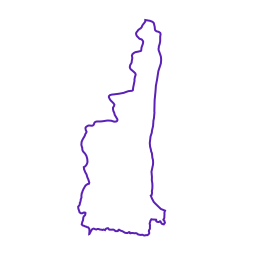 outline of Purulhá, Baja Verapaz, Guatemala, rotated 95°
{"feature_id": "79465075B41794626766416", "entity_name": "Purulhá", "entity_type": "district", "adm_level": 2, "iso_a3": "GTM", "parent_name": "Guatemala", "parent_adm1": "Baja Verapaz", "projection": "robinson", "projection_center": [-89.998, 15.218], "detail": "fine", "context": "isolated", "style": "outline", "palette": "violet", "viewbox_px": 256, "rotation_deg": 95, "n_neighbors": 0, "source": "geoboundaries", "source_scale": "gbopen_adm2", "svg_char_len": 5684}
<svg xmlns="http://www.w3.org/2000/svg" viewBox="0 0 256 256"><g transform="rotate(95 128 128)"><path d="M237.1,157.4L237.0,157.2L235.8,156.7L234.3,156.1L232.4,155.2L231.6,154.4L231.2,153.3L231.6,152.2L231.9,150.8L231.3,149.7L231.2,148.5L231.6,147.1L231.6,145.7L231.8,144.6L231.3,143.5L231.6,142.3L231.7,142.0L231.4,141.9L230.7,141.4L230.3,141.1L230.0,140.6L229.8,140.2L229.7,139.9L229.6,139.5L229.6,139.0L229.8,138.8L230.1,138.6L230.4,138.5L230.7,138.2L230.8,137.8L230.9,137.5L230.9,137.2L230.8,136.7L230.8,136.0L230.7,135.4L230.7,135.0L230.6,134.7L230.5,134.3L230.5,133.8L230.6,133.4L230.7,133.0L230.9,132.7L231.0,132.5L231.2,132.2L231.5,132.0L231.6,131.8L231.8,131.5L231.8,131.0L231.7,129.8L231.6,129.3L231.5,129.1L231.1,128.9L230.8,128.8L230.6,128.7L230.2,128.5L230.1,128.1L230.2,127.8L230.6,127.1L230.8,126.6L230.9,126.3L231.0,125.9L231.1,125.5L231.2,125.1L231.3,124.7L231.4,124.3L231.6,123.9L231.9,123.4L232.2,122.7L232.5,122.2L232.6,121.8L232.7,121.1L232.7,119.5L232.6,119.3L232.4,118.9L232.2,118.7L231.8,118.2L231.6,117.8L231.7,117.3L231.9,117.2L232.2,117.1L232.6,116.9L232.7,116.4L232.6,116.2L232.5,115.9L232.3,115.3L232.2,114.9L232.2,114.4L232.2,114.0L232.2,113.5L232.3,113.0L232.3,112.6L232.3,112.2L232.2,111.8L232.1,111.4L232.1,111.0L232.1,110.5L232.3,110.0L232.4,109.7L232.5,109.5L232.7,109.3L233.0,109.1L233.1,108.7L233.3,107.7L233.4,106.8L233.4,106.1L233.4,105.6L233.2,105.1L233.1,104.7L233.1,104.3L233.2,104.0L233.4,103.4L233.5,103.1L233.6,102.8L233.6,102.5L233.6,102.1L233.5,101.7L233.4,101.3L233.2,100.9L233.1,100.6L233.1,100.1L233.1,99.5L233.0,99.2L232.8,99.0L232.5,98.7L232.1,98.3L231.7,98.0L231.3,97.8L231.0,97.7L230.5,97.8L230.1,97.8L229.7,97.9L229.3,98.2L228.9,98.2L228.5,98.2L228.1,98.2L227.8,98.1L227.4,97.8L227.0,97.6L226.7,97.5L226.4,97.4L226.1,97.4L224.2,97.6L223.1,97.6L222.5,97.7L222.1,97.9L221.8,97.9L221.5,98.1L221.2,98.1L220.6,98.0L220.3,97.9L219.9,97.8L219.6,97.7L219.2,97.7L218.8,97.6L218.5,97.6L218.2,97.4L217.9,97.2L217.2,97.0L216.9,96.8L217.0,96.5L217.0,96.1L216.9,92.8L216.9,92.4L216.9,92.0L217.3,91.8L217.6,91.9L217.8,91.9L218.2,91.8L218.4,91.7L218.6,91.4L218.8,91.1L218.9,90.6L219.0,90.2L219.0,89.8L219.0,89.5L219.0,89.2L218.8,88.8L218.7,88.6L218.5,88.3L218.2,88.2L218.1,87.8L218.3,87.5L218.6,87.3L219.1,87.0L219.6,86.7L219.9,86.4L220.2,86.2L220.4,86.0L220.5,85.7L220.7,85.1L220.9,84.4L220.8,83.9L220.5,83.9L220.1,83.7L219.7,83.3L219.5,83.1L219.2,83.0L218.9,83.0L218.5,83.2L218.1,83.4L217.8,83.6L217.5,83.7L217.2,83.7L217.0,83.9L216.8,84.1L216.7,84.4L216.4,84.7L216.2,84.8L215.9,84.7L215.6,84.5L215.3,84.3L215.1,84.2L214.6,84.1L214.3,84.0L214.0,84.0L213.8,84.0L212.7,84.1L211.2,84.1L209.6,84.3L209.3,84.3L208.7,84.3L208.4,84.2L208.2,84.2L207.9,84.1L207.6,84.0L207.4,84.0L207.1,83.9L205.8,88.2L201.0,94.1L199.3,96.0L198.9,96.2L196.3,97.9L193.4,99.4L192.7,98.6L190.4,98.4L189.0,98.7L186.2,98.5L183.7,98.6L181.3,98.9L177.9,99.7L174.6,99.9L169.5,100.8L162.3,99.9L159.8,100.0L157.5,100.4L155.6,101.1L151.0,102.0L149.3,102.9L147.3,103.4L144.5,104.4L140.9,105.0L134.4,104.8L130.6,103.9L128.6,103.9L123.9,103.2L118.4,103.3L115.9,103.0L110.0,103.0L109.3,103.2L97.9,103.9L88.2,103.8L83.5,103.9L77.7,103.3L68.6,102.7L60.9,100.9L57.4,100.9L54.7,101.3L53.4,101.7L50.5,103.0L49.6,103.4L48.8,103.8L47.6,104.3L46.2,104.5L45.5,104.3L44.1,104.4L41.7,103.8L38.8,103.5L34.0,103.9L32.0,103.7L30.8,104.0L30.6,104.1L30.4,104.3L30.2,104.6L30.0,104.9L29.5,106.0L29.2,107.9L28.6,109.0L28.1,109.5L26.8,109.9L25.0,110.2L21.3,111.4L20.1,112.8L19.3,115.5L18.9,120.2L20.4,120.1L21.2,120.5L23.2,121.8L24.0,122.3L25.0,122.8L26.2,123.1L27.0,123.6L27.6,124.1L28.5,125.3L29.7,126.5L30.4,126.8L31.3,127.5L32.4,128.1L33.4,128.2L34.5,127.8L35.5,127.3L36.3,126.4L37.0,125.5L37.7,124.9L38.2,124.0L38.4,122.7L38.8,121.8L40.3,120.5L41.5,120.4L43.2,120.6L46.5,121.5L48.1,121.6L49.4,121.6L49.7,121.7L50.0,121.8L50.3,122.3L50.7,123.6L51.0,124.4L51.8,127.3L52.9,128.9L54.1,130.0L55.5,130.4L57.9,129.8L61.5,130.1L62.6,130.1L65.1,131.3L66.5,131.5L67.3,131.5L68.5,131.0L69.3,130.3L71.5,127.2L72.9,125.5L74.2,125.0L75.3,125.2L76.2,125.5L79.1,125.8L80.5,125.6L87.7,126.4L89.8,126.4L90.1,126.6L90.3,126.9L90.6,127.4L91.2,130.6L92.3,133.2L92.9,134.4L93.1,134.7L93.5,135.8L94.0,137.7L94.5,139.4L94.8,140.6L95.4,143.5L95.8,145.2L96.1,146.9L96.3,147.5L96.8,148.8L98.0,149.8L99.1,149.7L101.1,148.5L102.5,147.2L103.0,146.5L104.7,144.5L105.9,143.6L107.3,143.8L109.0,144.7L110.5,144.6L112.5,144.0L113.9,143.1L116.0,142.4L120.0,139.5L120.9,139.2L121.6,139.4L121.9,139.5L122.5,140.2L122.7,141.1L122.9,142.3L122.2,145.4L122.3,148.9L122.7,150.7L123.2,152.6L123.7,154.9L123.9,156.3L124.2,159.6L124.7,160.9L125.3,161.6L126.0,162.0L127.7,162.4L128.6,163.3L128.9,164.1L128.9,167.0L129.1,167.9L130.1,169.3L130.9,170.1L131.8,170.4L133.7,169.9L134.6,169.4L135.1,169.0L136.1,169.1L137.6,169.9L139.8,170.5L143.4,172.2L145.8,173.0L148.8,173.0L151.1,172.2L151.6,171.9L153.5,171.6L154.7,171.1L155.5,170.5L157.2,168.6L159.4,167.0L161.8,166.1L162.3,165.9L163.5,165.7L165.3,165.4L166.7,165.6L168.1,166.1L169.3,166.8L170.1,167.5L170.8,168.6L172.9,168.2L176.0,166.6L177.8,165.3L180.9,164.1L182.4,163.2L183.8,162.6L185.9,161.8L187.0,162.1L187.3,163.3L189.0,165.3L192.6,167.0L195.0,167.8L196.6,168.1L197.0,168.4L199.7,168.5L201.3,168.3L203.6,168.9L204.3,168.8L206.2,169.1L206.9,169.5L207.7,169.3L209.0,169.6L210.8,170.8L212.7,170.4L215.2,169.3L216.2,168.9L216.4,168.5L217.0,167.7L217.0,166.7L217.0,166.2L216.3,165.2L216.3,164.6L216.0,164.4L216.0,163.4L216.4,162.9L218.3,163.1L219.0,163.5L219.8,164.3L221.0,164.7L223.9,164.8L225.7,165.4L228.1,165.7L229.0,164.7L229.1,164.2L229.2,163.6L229.9,161.7L229.9,161.1L230.4,160.0L230.5,158.9L231.8,157.8L234.2,157.4L237.1,157.4Z" fill="none" stroke="#5b21b6" stroke-width="2"/></g></svg>